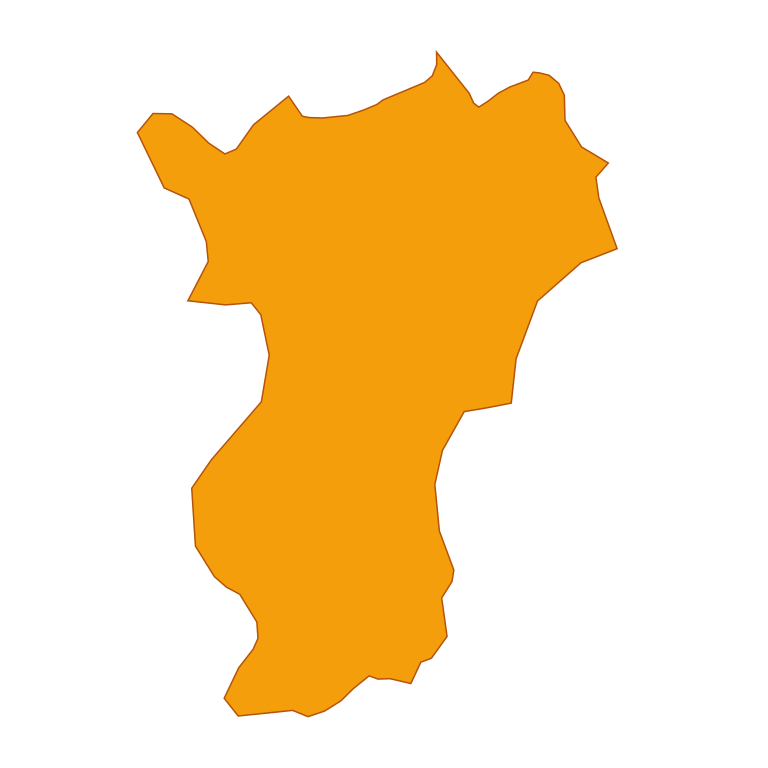 outline of Ljubljana, rotated 88°
{"feature_id": "SVN-962", "entity_name": "Ljubljana", "entity_type": "Statistical Region", "adm_level": 1, "iso_a3": "SVN", "parent_name": "Slovenia", "parent_adm1": "", "projection": "albers", "projection_center": [14.556, 46.06], "detail": "fine", "context": "isolated", "style": "filled", "palette": "amber", "viewbox_px": 768, "rotation_deg": 88, "n_neighbors": 0, "source": "natural_earth", "source_scale": "10m", "svg_char_len": 1177}
<svg xmlns="http://www.w3.org/2000/svg" viewBox="0 0 768 768"><g transform="rotate(88 384 384)"><path d="M710.7,541.3L692.5,554.7L662.5,539.1L644.6,524.1L633.8,518.8L617.4,519.4L589.1,535.5L581.6,548.5L570.6,560.2L539.5,578.1L481.5,579.8L453.7,559.2L397.5,507.2L351.2,497.7L310.5,504.7L298.2,513.8L299.4,539.6L294.0,577.1L255.5,555.4L235.5,556.6L192.4,572.4L180.4,596.8L124.1,621.7L105.6,605.4L106.6,586.5L120.6,566.6L137.2,550.7L148.5,535.0L144.1,523.4L120.4,505.4L93.0,469.3L113.6,456.2L115.1,449.6L116.0,436.2L114.3,410.6L109.2,394.0L104.5,381.6L100.0,375.0L84.0,332.8L77.7,325.0L66.7,320.2L54.2,319.9L96.6,288.6L106.4,284.6L110.6,279.6L104.9,270.0L97.5,259.8L91.6,248.0L85.3,229.3L77.6,224.1L78.5,217.8L81.2,208.3L89.6,198.9L101.8,193.7L126.9,193.9L154.0,178.3L171.0,152.1L184.7,165.0L205.6,162.8L256.9,146.3L269.7,182.9L306.4,227.7L363.4,251.1L407.5,257.5L411.4,282.0L414.4,304.8L452.4,327.9L486.1,336.7L532.9,333.8L572.3,320.7L583.7,322.9L599.8,333.8L638.5,329.8L659.7,346.2L663.3,356.9L684.3,367.6L678.7,388.4L678.7,400.3L675.2,409.1L687.2,425.1L699.1,438.1L708.7,454.6L713.8,471.5L707.0,486.8L710.7,541.3Z" fill="#f59e0b" stroke="#b45309" stroke-width="1.5"/></g></svg>